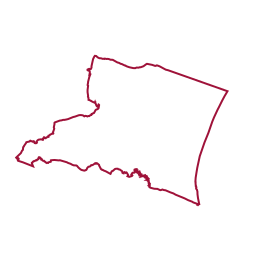 Pueblo Viejo, Colombia (Mercator projection), rotated 111°
{"feature_id": "7082276B85256872918621", "entity_name": "Pueblo Viejo", "entity_type": "district", "adm_level": 2, "iso_a3": "COL", "parent_name": "Colombia", "parent_adm1": "", "projection": "mercator", "projection_center": [-74.321, 10.832], "detail": "fine", "context": "isolated", "style": "outline", "palette": "rose", "viewbox_px": 256, "rotation_deg": 111, "n_neighbors": 0, "source": "geoboundaries", "source_scale": "gbopen_adm2", "svg_char_len": 5931}
<svg xmlns="http://www.w3.org/2000/svg" viewBox="0 0 256 256"><g transform="rotate(111 128 128)"><path d="M174.0,34.8L173.6,34.2L168.4,37.5L164.9,39.4L162.5,40.4L160.8,41.6L160.3,42.6L159.5,43.0L158.9,42.9L157.4,44.0L157.5,44.1L154.6,45.5L154.6,45.4L154.2,45.5L153.8,45.9L150.2,47.0L145.1,48.1L140.2,49.1L128.6,50.9L114.1,51.4L103.7,51.2L91.9,51.6L87.4,51.5L78.6,50.9L76.1,50.6L68.7,49.9L63.9,49.3L58.0,48.3L59.7,111.2L60.0,113.7L59.1,120.5L59.1,123.0L59.4,123.9L59.9,124.2L60.3,124.9L60.4,128.1L61.3,133.3L62.0,133.9L64.8,135.7L66.8,138.0L67.2,139.0L67.8,139.6L68.6,141.8L69.5,142.6L70.2,144.6L70.8,148.5L70.9,151.2L70.8,152.3L70.6,152.7L70.8,153.5L70.5,156.8L70.7,157.9L70.4,159.7L70.6,161.4L69.8,166.7L70.5,168.8L70.5,170.7L70.8,171.9L71.3,172.9L71.5,174.5L72.0,174.8L72.0,175.4L72.5,176.3L72.6,178.2L73.0,179.3L73.1,180.1L72.9,181.7L72.2,183.5L72.5,184.8L73.7,185.1L76.2,185.3L83.5,184.2L84.3,183.8L85.9,183.7L86.4,184.0L86.7,184.3L86.6,185.1L86.7,185.5L87.9,186.7L88.3,186.7L88.6,185.9L88.5,184.9L88.9,184.0L89.9,183.5L92.1,183.1L91.8,182.7L91.1,182.7L91.2,182.4L94.2,182.4L99.2,181.8L100.1,181.5L102.4,181.1L102.8,180.4L106.9,179.4L109.0,178.6L112.4,176.7L113.2,176.6L113.9,175.8L115.9,174.9L115.7,174.0L116.0,172.6L115.9,172.3L116.2,171.0L116.3,169.3L116.1,168.5L116.3,168.6L116.4,168.3L116.2,168.0L115.6,168.0L118.1,165.8L118.8,165.0L119.1,164.1L119.0,163.8L118.8,164.0L118.5,163.8L118.1,164.1L117.6,164.0L117.3,163.7L117.1,163.9L116.8,163.9L116.6,164.7L116.5,164.2L116.7,163.5L116.9,163.2L120.0,162.6L121.3,163.1L122.1,164.2L122.9,164.7L126.1,165.1L126.6,165.8L127.6,166.3L127.9,167.0L129.0,166.9L129.5,167.7L130.8,168.5L131.0,169.3L131.8,170.1L131.7,171.0L132.0,172.3L132.8,173.0L132.4,174.2L132.5,175.5L133.1,177.4L133.8,178.6L136.3,181.5L137.4,183.1L141.2,187.2L142.5,189.1L142.7,189.6L143.1,190.0L143.6,191.4L144.7,192.8L145.5,194.3L149.0,198.3L149.6,198.5L150.8,198.0L154.0,197.5L155.1,196.6L158.1,196.5L159.0,196.6L159.3,196.4L159.7,195.8L160.0,195.8L160.3,196.0L160.4,196.7L162.2,198.4L163.0,198.6L163.6,199.4L164.8,199.1L165.0,200.0L165.8,200.3L166.1,200.7L167.1,201.2L167.2,201.6L166.7,202.5L166.7,203.0L167.7,203.0L168.0,203.5L168.4,203.7L169.3,203.1L169.6,203.2L169.6,204.2L169.9,205.5L171.0,207.4L171.9,208.0L173.4,208.5L173.8,208.4L174.3,207.8L174.9,208.0L175.4,208.9L175.5,209.7L175.1,210.4L174.3,210.7L174.1,211.2L174.2,211.6L175.0,212.3L174.8,213.0L175.0,213.7L174.8,214.5L175.0,214.8L175.8,215.0L177.7,217.8L178.5,217.8L182.2,218.7L182.6,218.6L183.5,219.0L186.0,218.3L187.2,218.8L189.8,219.0L195.7,221.8L196.0,221.3L195.3,221.0L195.2,220.3L195.6,219.8L195.8,219.1L196.4,219.0L196.6,219.5L196.8,219.7L197.8,219.2L198.0,218.9L197.7,213.8L197.8,202.9L195.3,205.2L194.9,205.3L194.5,204.8L193.5,204.7L193.0,204.1L192.5,203.9L192.4,203.4L191.7,202.9L191.4,202.3L191.0,201.8L190.6,202.0L190.0,201.1L189.6,201.1L189.3,200.7L188.3,200.8L187.9,200.6L187.5,200.8L187.1,200.6L187.1,199.6L187.9,199.3L187.9,199.1L187.6,198.8L187.9,198.6L187.9,197.9L188.5,197.7L188.3,197.0L188.7,196.8L189.0,196.0L189.0,195.2L188.7,194.7L189.0,194.1L189.3,193.8L189.2,193.0L189.7,192.2L189.8,191.2L189.3,190.7L189.2,190.1L188.7,190.1L187.4,188.4L187.3,188.1L186.6,188.1L185.8,188.4L185.6,188.1L184.2,185.2L183.0,180.8L182.5,180.1L181.9,172.9L182.1,171.3L182.0,168.8L182.3,166.9L182.3,165.3L181.5,162.8L181.6,162.1L182.8,159.9L183.6,157.6L183.8,156.4L183.5,153.7L183.2,153.0L182.6,152.7L182.3,152.1L181.7,151.8L179.8,151.7L178.7,151.2L178.4,151.1L177.7,149.9L176.4,149.1L175.8,149.0L175.6,148.2L174.7,147.3L172.6,146.0L172.9,145.1L172.1,144.8L172.0,144.2L172.8,141.8L173.4,141.5L175.4,139.2L175.7,139.0L176.1,138.3L176.0,137.8L176.4,137.1L176.2,136.0L176.4,135.5L176.4,133.2L177.1,128.2L177.1,127.9L174.4,127.7L173.7,127.2L173.5,126.8L171.0,125.5L170.4,124.7L169.7,122.9L170.0,122.2L169.7,120.9L170.1,119.6L170.2,118.5L170.7,117.8L171.8,117.2L172.0,116.1L171.9,115.8L171.2,115.9L170.5,115.6L170.5,115.1L170.8,114.2L170.1,113.8L170.0,113.5L170.8,112.3L171.9,111.0L173.2,111.2L173.2,109.4L171.5,107.2L171.0,107.0L170.7,106.9L170.5,107.2L170.5,108.0L170.4,108.2L168.9,108.0L168.1,107.6L167.6,106.3L167.1,105.8L166.6,105.8L165.1,106.9L164.5,107.0L163.9,106.4L163.4,105.4L164.3,105.3L164.0,104.2L165.3,103.9L165.0,104.4L165.2,104.6L165.8,104.1L165.5,103.9L165.7,103.7L166.0,103.8L166.0,103.6L166.1,103.4L165.9,103.2L166.2,103.0L165.9,102.8L165.9,102.1L165.0,102.2L165.1,102.3L164.9,102.4L164.6,101.8L165.1,101.5L165.1,101.9L165.5,101.9L165.3,101.6L165.6,101.2L165.3,101.0L165.8,100.6L166.2,101.0L166.1,101.4L166.2,101.1L166.6,101.1L166.3,101.0L166.4,100.8L167.0,100.8L167.0,101.1L166.7,101.1L167.4,101.2L167.6,101.0L167.1,100.9L167.7,99.9L167.4,99.9L167.7,99.7L167.4,99.7L167.5,99.0L167.1,98.7L167.4,98.6L167.4,98.2L168.4,98.5L168.0,97.9L167.5,98.1L167.8,97.7L168.2,97.8L167.7,97.1L167.5,97.3L167.5,96.7L167.3,96.8L167.3,97.1L167.1,97.2L167.0,96.6L166.7,96.7L166.9,96.5L166.6,96.1L166.9,96.1L167.3,94.9L167.0,94.7L166.8,94.8L166.7,94.4L166.6,94.8L166.3,94.7L166.5,94.5L166.3,94.0L166.5,93.8L166.3,93.5L166.3,93.1L166.8,92.9L167.1,93.1L167.0,93.9L167.8,93.5L168.0,93.9L168.3,92.6L167.6,93.1L167.8,93.4L167.6,93.4L167.2,93.2L167.6,92.8L167.8,92.5L167.4,92.6L167.2,92.2L167.3,92.0L167.7,92.1L168.3,91.5L168.6,91.8L168.8,91.6L168.8,91.8L169.0,91.6L169.5,91.9L169.3,91.5L169.5,91.4L169.5,90.9L168.8,91.4L169.0,91.0L168.6,90.8L168.9,90.6L168.7,90.4L169.3,90.3L169.5,89.9L170.2,89.8L170.3,90.0L170.1,90.3L170.2,90.7L170.5,89.9L170.8,89.6L170.7,89.3L171.2,88.9L171.6,89.0L171.6,88.8L171.9,88.2L172.2,88.5L172.6,88.2L173.0,88.4L173.8,87.6L174.3,87.9L174.3,87.4L173.9,87.1L174.2,87.0L174.5,87.1L174.9,86.8L175.3,87.0L175.6,86.7L175.7,85.2L175.3,81.7L174.3,78.7L174.5,75.9L174.3,75.2L173.1,73.8L173.1,72.4L172.7,70.6L172.9,65.4L172.8,62.1L173.2,59.7L173.4,49.9L173.8,46.0L173.8,41.7L174.1,40.4L174.0,36.5L174.4,36.0L174.5,36.1L175.6,35.3L175.2,35.5L175.1,35.3L174.2,35.9L173.6,35.1L174.0,34.8Z" fill="none" stroke="#9f1239" stroke-width="2"/></g></svg>